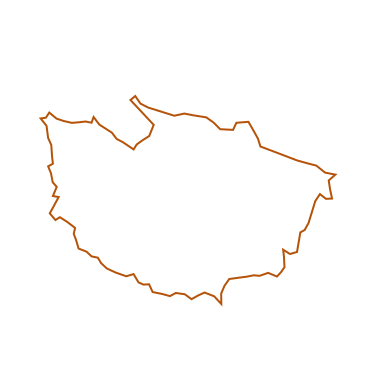 Lagoa Bonita do Sul, Rio Grande do Sul, Brazil, rotated 164°
{"feature_id": "56859067B64847841628369", "entity_name": "Lagoa Bonita do Sul", "entity_type": "district", "adm_level": 2, "iso_a3": "BRA", "parent_name": "Brazil", "parent_adm1": "Rio Grande do Sul", "projection": "equal_earth", "projection_center": [-53.035, -29.505], "detail": "fine", "context": "isolated", "style": "outline", "palette": "amber", "viewbox_px": 384, "rotation_deg": 164, "n_neighbors": 0, "source": "geoboundaries", "source_scale": "gbopen_adm2", "svg_char_len": 1405}
<svg xmlns="http://www.w3.org/2000/svg" viewBox="0 0 384 384"><g transform="rotate(164 192 192)"><path d="M220.1,299.9L225.8,297.4L210.3,267.1L217.7,257.6L225.2,255.4L232.1,252.9L236.4,249.0L244.5,258.7L249.8,263.8L252.7,271.2L262.5,282.3L265.9,291.2L269.5,286.3L274.9,289.1L281.5,290.2L288.5,291.6L295.9,295.7L302.0,299.9L307.3,307.7L312.0,303.7L317.2,304.4L313.6,295.7L315.4,283.6L314.3,276.0L316.7,264.9L317.9,257.6L323.2,256.3L322.4,248.8L323.2,239.7L320.6,234.2L326.8,226.5L321.6,223.9L329.1,216.2L334.6,210.7L331.0,202.7L326.0,204.2L320.4,197.9L314.3,189.7L317.2,184.4L316.7,177.9L316.6,168.9L309.8,163.7L306.3,157.8L300.6,154.8L298.9,148.5L294.9,141.9L287.7,135.7L278.4,129.1L270.8,129.2L268.3,119.8L264.2,116.4L258.7,115.1L257.4,106.7L248.6,102.1L241.9,98.0L235.4,99.4L227.1,95.7L222.0,89.1L214.9,90.8L207.6,91.9L199.4,85.6L194.7,76.3L191.9,86.4L186.7,92.8L180.2,98.1L171.2,96.8L162.5,95.5L155.6,94.9L150.1,92.8L141.1,93.3L133.6,87.3L128.1,90.7L123.8,94.3L121.4,104.6L120.3,111.4L114.9,105.4L107.6,105.4L99.0,123.3L94.2,124.4L88.5,130.1L76.0,149.3L69.6,154.7L65.1,148.5L59.2,147.1L58.5,156.8L57.4,165.4L49.4,169.2L58.8,174.0L65.2,183.1L72.7,187.5L82.3,193.4L113.7,216.9L113.9,225.2L115.9,233.8L118.4,243.9L130.3,246.3L135.4,240.4L147.6,244.6L152.1,252.8L157.7,259.8L170.1,265.6L177.7,269.5L188.0,270.2L210.8,285.2L217.2,291.2L220.1,299.9Z" fill="none" stroke="#b45309" stroke-width="2"/></g></svg>